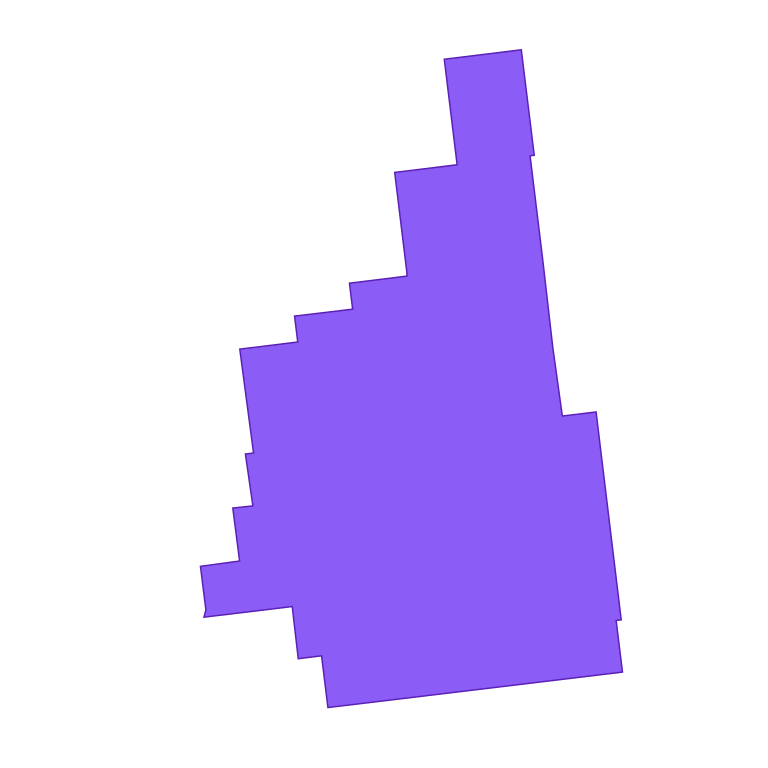 the district of Sweet Grass, Montana, United States of America, rotated 173°
{"feature_id": "52423323B34520294903194", "entity_name": "Sweet Grass", "entity_type": "district", "adm_level": 2, "iso_a3": "USA", "parent_name": "United States of America", "parent_adm1": "Montana", "projection": "natural_earth1", "projection_center": [-109.875, 45.696], "detail": "fine", "context": "isolated", "style": "filled", "palette": "violet", "viewbox_px": 768, "rotation_deg": 173, "n_neighbors": 0, "source": "geoboundaries", "source_scale": "gbopen_adm2", "svg_char_len": 576}
<svg xmlns="http://www.w3.org/2000/svg" viewBox="0 0 768 768"><g transform="rotate(173 384 384)"><path d="M284.6,699.0L284.7,592.7L347.6,592.7L347.7,492.9L348.0,488.3L406.0,488.3L406.0,462.1L464.5,462.3L464.5,436.2L522.9,436.2L521.9,331.4L530.1,331.4L529.0,279.0L549.2,279.3L548.9,225.9L588.4,225.4L588.3,181.5L591.1,174.5L502.2,174.3L502.6,121.8L479.1,121.8L479.1,69.7L182.4,69.0L182.4,90.7L182.4,121.0L177.3,121.0L176.9,330.4L210.9,330.5L212.0,399.8L211.3,489.8L211.2,592.7L207.0,592.7L207.0,699.0L284.6,699.0Z" fill="#8b5cf6" stroke="#5b21b6" stroke-width="1.5"/></g></svg>